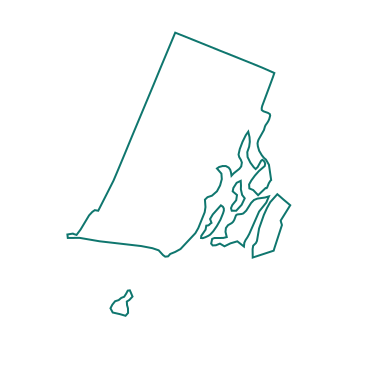 map outline of Rhode Island (Natural Earth projection), rotated 23°
{"feature_id": "USA-3539", "entity_name": "Rhode Island", "entity_type": "State", "adm_level": 1, "iso_a3": "USA", "parent_name": "United States of America", "parent_adm1": "", "projection": "natural_earth1", "projection_center": [-71.395, 41.581], "detail": "fine", "context": "isolated", "style": "outline", "palette": "teal", "viewbox_px": 384, "rotation_deg": 23, "n_neighbors": 0, "source": "natural_earth", "source_scale": "10m", "svg_char_len": 3026}
<svg xmlns="http://www.w3.org/2000/svg" viewBox="0 0 384 384"><g transform="rotate(23 192 192)"><path d="M260.2,150.1L259.8,150.8L259.3,153.8L259.4,158.2L259.2,159.3L258.2,159.6L254.1,169.1L247.6,166.3L243.4,166.3L241.6,162.7L242.1,158.2L243.5,152.3L245.4,146.6L248.8,139.7L248.3,137.3L246.5,135.5L244.2,134.9L243.4,136.3L242.7,143.4L241.6,146.0L239.2,145.1L234.3,142.2L229.5,138.1L227.3,133.7L226.9,127.9L225.6,123.2L223.5,119.0L220.2,114.5L219.3,118.7L218.9,126.0L219.2,133.8L220.2,139.3L221.9,141.5L224.3,143.2L226.4,145.4L227.3,149.2L226.6,152.0L223.1,158.5L222.0,161.6L220.2,158.7L218.4,156.5L216.2,155.2L213.1,154.9L210.1,156.1L207.2,158.4L205.8,160.6L211.9,163.6L214.4,168.5L215.3,175.0L214.7,181.6L211.8,187.6L208.3,190.7L206.9,194.0L210.3,200.6L211.6,205.7L211.9,222.8L211.2,228.6L203.7,249.0L199.9,253.8L196.2,257.5L195.1,260.6L192.6,262.0L190.0,261.4L184.1,258.7L177.5,259.2L166.4,261.6L126.1,273.5L106.6,278.1L95.6,282.8L93.9,279.8L98.5,276.9L98.6,277.0L102.5,276.6L104.1,270.1L106.4,253.7L108.0,249.3L109.6,246.7L113.0,245.9L114.4,225.7L115.3,212.2L115.3,202.4L115.2,183.6L115.0,164.7L114.9,145.9L114.8,127.1L114.7,108.3L114.5,89.5L114.4,70.7L114.3,51.9L137.7,51.4L161.1,51.0L184.5,50.5L207.9,50.1L221.3,50.3L221.6,54.7L222.1,64.9L223.0,85.4L223.4,87.6L224.2,89.3L226.2,89.8L231.1,89.5L233.2,89.9L234.1,91.1L234.6,94.8L234.5,97.2L234.2,99.1L233.6,101.9L233.6,103.5L234.0,106.8L232.8,117.8L232.9,119.5L233.3,121.6L234.7,124.1L237.7,127.8L241.9,130.9L244.9,132.5L247.4,133.3L252.2,136.9L260.2,150.1ZM290.1,214.1L273.5,228.6L270.1,220.9L269.3,217.5L270.8,214.0L270.9,211.6L268.0,199.4L267.1,185.0L267.3,177.2L268.0,170.7L271.4,160.7L274.9,161.8L279.1,163.2L283.4,164.5L287.6,165.8L286.9,170.3L286.2,174.8L285.5,179.2L284.8,183.7L285.5,184.6L286.2,185.5L287.0,186.4L287.7,187.3L288.4,195.3L289.1,203.3L289.8,211.4L290.1,214.1ZM247.6,191.7L249.2,188.0L250.7,178.9L252.2,175.1L254.8,172.5L261.3,168.6L264.5,166.0L264.5,172.7L261.4,183.8L261.1,208.3L260.7,212.2L260.1,215.3L260.0,218.3L261.1,221.9L253.0,219.7L247.5,224.2L243.1,229.3L237.9,228.6L234.8,231.7L231.9,233.1L229.8,232.0L228.9,227.3L230.6,225.6L238.7,222.1L241.6,219.9L238.4,215.6L237.3,211.9L238.1,208.5L240.7,205.1L241.5,203.3L241.8,201.0L241.6,196.3L242.4,195.0L246.2,192.9L247.6,191.7ZM176.5,315.9L174.8,318.3L176.4,321.5L178.5,324.1L180.4,328.3L179.2,331.9L173.4,332.6L166.1,333.9L162.4,330.9L162.7,326.8L163.9,322.6L166.7,320.2L168.3,317.1L170.5,314.9L171.1,311.4L171.4,307.9L173.2,306.8L174.6,308.1L178.1,311.5L176.5,315.9ZM228.9,199.4L229.0,206.4L228.2,213.6L226.9,219.9L225.4,224.1L224.2,225.9L222.1,228.3L219.9,230.3L218.3,230.8L217.7,228.7L219.2,221.3L218.3,217.4L220.0,216.4L220.7,215.4L221.1,214.2L222.0,212.8L219.2,209.8L219.9,204.5L223.8,193.0L226.2,193.5L227.7,194.7L228.6,196.7L228.9,199.4ZM240.0,192.0L235.9,193.7L234.2,191.6L234.2,188.2L235.9,182.3L234.6,177.2L229.2,175.5L228.5,172.1L229.5,166.1L232.5,162.7L234.6,167.0L235.9,170.4L239.3,175.1L243.0,177.2L242.7,184.4L240.0,192.0Z" fill="none" stroke="#0f766e" stroke-width="2"/></g></svg>